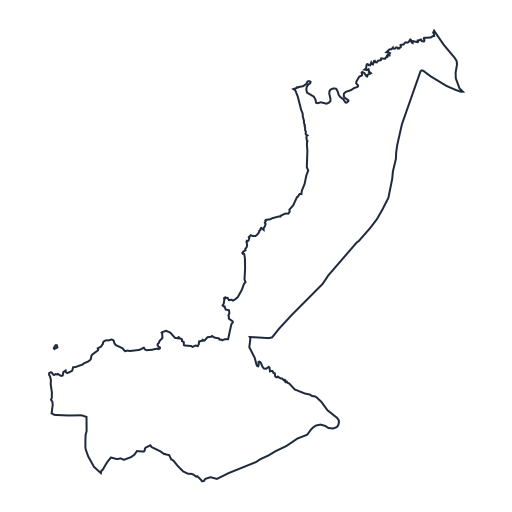 outline of Stueng Hav, Kaôh Kong, Cambodia
{"feature_id": "14789045B13599773349639", "entity_name": "Stueng Hav", "entity_type": "district", "adm_level": 2, "iso_a3": "KHM", "parent_name": "Cambodia", "parent_adm1": "Kaôh Kong", "projection": "orthographic", "projection_center": [103.692, 10.797], "detail": "fine", "context": "isolated", "style": "outline", "palette": "slate", "viewbox_px": 512, "rotation_deg": 0, "n_neighbors": 0, "source": "geoboundaries", "source_scale": "gbopen_adm2", "svg_char_len": 5930}
<svg xmlns="http://www.w3.org/2000/svg" viewBox="0 0 512 512"><path d="M297.2,87.3L297.4,87.7L293.4,89.1L295.3,90.3L297.8,96.7L301.2,110.0L302.7,113.7L302.8,116.5L304.0,121.0L303.9,122.8L304.9,125.2L304.5,125.9L305.1,127.4L305.1,130.0L305.9,131.8L305.6,133.7L305.9,134.5L307.4,135.4L306.7,135.9L306.4,137.6L306.8,140.3L307.5,141.1L307.0,141.9L306.9,144.7L307.4,150.9L306.8,167.1L308.2,170.6L306.4,175.2L304.6,183.9L301.9,190.5L301.4,194.1L299.6,194.0L297.8,196.8L297.0,197.1L293.1,205.5L289.4,209.6L289.7,211.5L288.4,213.6L285.2,213.6L280.8,215.7L280.4,216.6L279.1,216.4L272.4,218.2L269.8,219.4L266.0,219.8L265.3,220.5L265.7,221.4L264.8,222.7L265.6,224.0L264.7,226.7L263.5,228.2L263.6,229.8L261.2,227.9L260.3,229.1L260.3,230.1L259.1,231.2L259.1,232.0L258.2,233.5L256.6,235.2L255.2,236.1L252.5,236.0L250.8,235.2L248.8,237.1L249.4,237.8L248.6,240.3L247.6,241.3L246.8,240.9L246.5,241.6L247.1,245.0L246.7,247.0L245.2,249.2L245.5,250.3L243.2,251.6L242.3,252.9L242.7,253.7L243.4,253.4L244.2,254.0L244.9,258.2L245.1,268.4L244.5,279.4L245.5,282.2L244.0,283.9L241.9,289.7L237.8,297.1L235.1,299.4L232.9,300.6L231.5,299.7L229.0,300.2L227.7,298.0L226.6,297.7L225.9,298.1L225.4,297.4L224.6,297.6L224.0,298.3L224.4,299.1L223.7,303.7L222.6,305.4L223.8,306.5L224.6,306.4L225.6,309.5L229.0,310.3L229.4,313.1L228.4,315.6L228.9,316.5L228.8,318.6L232.6,321.3L232.9,322.1L231.3,324.4L228.1,339.2L224.9,339.2L222.2,340.3L221.6,339.7L219.5,339.6L219.3,338.7L218.4,338.3L214.5,337.6L212.1,336.0L211.5,336.7L207.5,337.2L204.6,340.5L203.7,340.5L203.0,339.9L202.6,340.8L201.6,340.6L200.9,341.2L199.1,341.4L198.7,344.5L197.8,346.1L195.6,345.5L192.6,346.9L191.1,346.0L184.6,345.5L183.9,345.1L183.7,341.9L182.0,341.1L182.0,339.6L181.4,338.8L179.5,338.5L179.3,337.5L178.5,337.2L178.1,338.3L175.0,337.9L170.4,332.7L166.1,330.8L162.3,332.1L161.6,332.8L162.2,333.6L162.4,338.1L159.6,340.9L158.9,342.8L157.6,344.2L157.5,345.1L158.5,346.8L159.8,347.3L160.0,348.2L158.7,349.1L156.7,348.7L151.8,349.8L146.5,350.2L144.8,349.3L143.8,347.7L139.4,349.9L130.1,351.0L127.2,350.6L125.0,351.2L122.4,348.2L115.6,345.0L114.3,343.0L113.6,340.6L112.9,340.0L111.2,339.5L108.8,340.4L106.1,340.3L104.4,341.0L103.1,342.3L102.9,343.9L100.9,346.7L97.7,348.4L98.2,349.6L97.9,350.4L92.3,354.5L91.3,356.0L91.0,358.6L90.1,360.1L88.0,361.6L83.9,363.3L82.7,364.5L75.6,367.0L73.1,367.3L72.3,370.5L71.6,371.1L67.4,373.1L65.9,372.2L65.6,370.5L63.4,372.0L62.7,375.5L61.9,375.8L60.8,375.8L57.8,373.9L57.2,374.5L55.6,374.1L54.2,375.0L53.2,374.6L51.7,372.5L50.7,372.3L49.1,373.2L49.1,374.9L50.0,376.3L50.9,380.0L50.7,384.4L51.9,392.4L51.8,398.0L51.0,399.7L52.4,401.8L52.7,405.1L51.6,413.3L54.5,414.9L68.3,415.5L81.5,415.3L86.5,416.9L86.6,431.1L85.6,434.9L85.4,440.9L85.4,447.3L85.8,449.7L88.2,456.4L94.0,466.9L100.9,473.1L101.5,470.5L102.6,469.9L107.0,462.4L110.9,457.5L117.0,459.1L120.7,458.4L123.9,459.8L131.1,457.1L134.6,454.5L136.9,451.1L143.8,451.6L144.7,450.5L144.9,448.6L145.7,447.6L150.4,445.3L151.6,447.1L160.5,451.4L164.1,454.1L164.9,453.9L165.7,454.4L169.2,455.1L171.1,459.3L173.3,460.5L177.6,465.8L183.1,471.4L187.8,473.7L191.5,473.9L193.5,474.6L196.2,476.7L197.2,476.2L201.3,480.1L201.9,481.3L203.9,481.0L205.2,478.9L210.5,477.2L216.9,478.9L229.1,472.9L256.1,462.0L260.5,459.1L268.4,455.5L275.7,451.1L286.4,446.0L297.3,438.6L307.2,434.7L311.2,429.3L313.5,427.1L316.1,425.5L320.5,424.6L325.2,425.9L328.4,428.0L333.1,428.5L336.6,427.2L338.1,425.5L338.9,422.6L338.8,420.4L337.0,417.8L327.4,410.2L321.3,401.8L316.5,397.3L314.9,396.4L312.0,396.0L309.7,394.5L304.8,393.5L294.8,389.5L289.1,383.4L287.5,382.8L286.9,381.7L285.6,382.2L285.1,381.5L285.4,380.4L284.7,379.8L283.8,380.2L282.0,378.5L280.6,378.4L277.7,376.6L276.8,377.4L275.6,376.8L275.1,376.1L274.8,373.3L273.4,372.9L272.7,371.2L271.9,370.9L270.0,371.4L269.5,367.6L268.7,366.9L266.2,368.7L264.1,368.6L263.5,368.1L262.4,366.6L260.8,362.7L259.5,361.6L258.5,362.0L258.7,364.8L258.2,366.3L257.3,366.1L256.5,364.7L254.7,357.8L249.3,347.2L250.4,338.5L249.7,337.0L268.5,338.1L271.9,337.5L272.5,336.9L279.4,328.3L292.0,314.7L322.7,283.8L328.3,275.4L356.9,242.3L358.7,241.1L370.1,228.1L376.9,219.2L382.4,209.6L388.4,197.8L392.2,178.9L392.9,171.5L395.9,158.9L396.2,152.1L397.3,144.7L401.9,124.3L420.5,71.3L421.5,70.4L423.3,70.8L430.6,76.3L446.6,86.0L456.1,90.1L461.1,91.8L462.9,91.7L459.5,88.4L455.8,78.4L455.6,72.7L457.0,64.5L456.7,61.2L454.9,58.1L443.8,44.9L434.1,30.7L433.3,32.4L433.8,32.4L434.2,36.0L432.5,36.2L431.5,37.2L429.8,37.6L424.1,37.8L423.7,38.6L424.4,39.7L424.4,40.8L423.9,41.5L421.7,41.1L421.2,39.7L420.3,39.5L419.8,40.1L417.7,40.5L418.1,41.8L417.6,42.2L412.9,41.1L412.7,43.0L411.6,42.4L410.8,39.8L410.2,39.5L408.8,41.8L407.7,42.6L405.3,42.4L403.5,44.5L400.6,44.9L400.9,46.9L400.3,47.6L399.3,47.7L399.1,48.5L397.9,48.6L397.2,47.6L396.1,47.4L394.9,48.7L392.9,48.5L392.8,47.7L391.3,49.3L389.4,49.4L386.5,52.2L388.7,52.4L390.0,53.2L389.3,54.2L389.5,55.5L387.8,55.8L387.5,55.0L387.0,55.7L387.2,57.1L385.9,57.4L385.0,58.8L381.2,58.4L380.8,60.2L378.0,60.7L376.8,62.4L375.2,62.2L374.8,60.8L374.0,61.1L372.9,64.5L371.8,64.1L371.2,62.6L370.1,65.3L368.7,65.2L367.7,64.1L367.1,64.1L366.5,65.1L366.1,68.4L364.5,69.6L367.0,70.1L368.5,69.2L369.0,70.9L368.8,72.0L369.4,72.7L370.1,72.5L370.9,73.2L367.6,74.8L367.2,76.5L366.5,76.3L364.2,72.9L362.2,72.0L361.6,72.7L362.2,74.8L361.7,75.6L359.3,76.6L356.3,81.7L356.2,83.4L358.1,85.4L358.0,86.3L357.3,87.0L354.0,88.1L351.2,90.0L345.6,92.0L343.9,93.7L343.8,96.5L344.7,97.8L348.4,100.3L348.3,101.2L346.7,102.6L345.6,102.6L343.2,99.2L340.1,96.9L338.6,94.7L337.7,91.5L336.2,88.8L334.0,88.4L332.1,88.8L330.3,89.8L329.4,91.3L329.3,93.8L330.5,99.0L330.4,101.2L328.8,102.7L326.6,103.7L320.8,102.3L317.6,103.2L316.1,102.8L315.5,99.8L313.9,96.7L307.0,92.6L306.3,89.4L306.7,86.9L308.4,84.4L310.1,83.4L310.6,82.0L309.8,81.3L308.1,81.2L307.3,81.9L306.2,84.0L303.1,86.2L297.2,87.3ZM54.4,349.0L57.4,347.4L56.9,345.3L55.9,345.1L55.2,345.7L53.8,348.1L54.4,349.0Z" fill="none" stroke="#1e293b" stroke-width="2"/></svg>